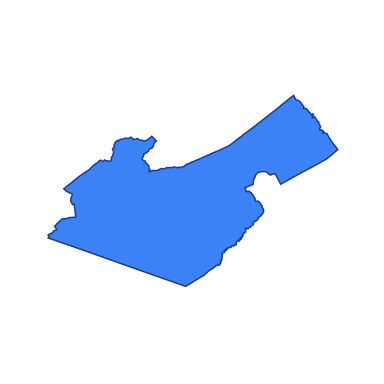 Bang Khun Thian, Bangkok Metropolis, Thailand (Albers equal-area conic projection), rotated 242°
{"feature_id": "78962969B82551730136395", "entity_name": "Bang Khun Thian", "entity_type": "district", "adm_level": 2, "iso_a3": "THA", "parent_name": "Thailand", "parent_adm1": "Bangkok Metropolis", "projection": "albers", "projection_center": [100.427, 13.588], "detail": "fine", "context": "isolated", "style": "filled", "palette": "blue", "viewbox_px": 384, "rotation_deg": 242, "n_neighbors": 0, "source": "geoboundaries", "source_scale": "gbopen_adm2", "svg_char_len": 6114}
<svg xmlns="http://www.w3.org/2000/svg" viewBox="0 0 384 384"><g transform="rotate(242 192 192)"><path d="M111.6,142.1L112.7,158.5L112.8,162.7L112.7,163.0L114.6,170.0L114.4,170.8L114.7,171.3L114.7,175.0L115.0,175.4L115.0,176.2L115.4,177.1L115.3,177.4L115.5,177.8L115.4,178.2L115.5,178.6L115.4,179.0L115.6,179.3L115.4,180.4L115.0,180.8L115.3,181.2L115.0,181.5L115.2,181.8L114.8,181.9L114.7,182.1L114.9,182.3L115.2,183.1L115.4,183.6L115.9,183.5L116.4,184.1L116.5,184.5L117.0,184.6L117.0,185.1L117.9,185.8L118.0,186.0L118.5,186.1L118.5,186.7L118.9,186.7L119.4,186.9L119.6,187.3L120.2,187.5L120.3,187.9L120.8,188.4L121.3,188.4L121.6,188.6L121.9,189.1L122.6,189.6L123.0,189.5L123.7,189.6L123.6,190.8L123.8,191.5L123.4,192.0L123.4,192.5L123.9,192.9L124.5,192.7L124.8,192.7L124.8,193.0L124.4,193.2L124.3,193.4L124.6,193.9L125.1,194.2L125.2,194.4L125.0,194.5L124.5,194.6L124.5,194.9L124.6,195.0L125.4,195.1L125.7,195.2L125.7,195.4L124.9,195.7L124.9,196.0L125.2,196.2L125.6,195.9L125.9,195.9L125.9,196.0L125.6,196.4L126.1,196.6L125.1,198.7L125.3,199.8L124.9,200.4L125.5,200.7L125.6,201.2L125.5,201.6L125.7,202.1L125.4,202.3L125.1,202.9L124.8,203.1L124.9,204.0L125.4,204.2L125.4,204.4L125.0,205.0L124.6,205.9L125.0,206.5L125.6,207.0L126.0,207.1L126.4,207.4L126.9,207.5L127.1,207.8L127.3,208.9L127.6,209.8L126.6,210.3L126.4,210.6L126.8,211.4L127.5,211.5L127.8,211.7L127.8,211.9L127.2,212.6L127.2,212.9L127.6,213.7L128.1,213.5L129.2,213.5L129.2,213.8L128.5,214.4L128.5,214.8L129.2,216.4L130.6,216.2L130.6,217.6L131.5,218.5L131.5,218.9L131.2,219.5L131.5,220.6L132.0,221.0L132.9,221.1L133.3,221.9L134.4,221.9L134.5,222.0L134.6,222.8L134.5,223.3L134.3,223.5L133.4,223.8L133.2,224.1L133.8,226.0L133.5,227.3L133.6,227.5L134.1,227.8L134.2,228.6L134.4,229.3L134.3,230.8L134.5,231.0L135.7,231.1L136.1,232.2L137.0,233.6L137.0,234.0L136.2,234.4L136.2,234.7L136.8,236.7L137.3,237.9L138.5,238.7L138.4,240.6L138.7,242.2L139.6,242.9L139.4,243.8L140.1,244.4L140.3,244.8L140.6,245.7L141.2,246.2L142.4,246.3L143.0,246.9L143.7,247.0L144.8,246.9L145.7,246.6L145.9,246.7L146.2,247.2L146.4,247.4L147.1,247.3L147.9,246.9L149.1,247.2L149.6,247.1L150.2,246.7L151.3,246.8L152.7,246.1L153.6,245.0L153.9,244.1L154.2,243.7L155.3,243.8L155.8,244.4L157.5,244.7L158.1,244.6L158.8,244.2L160.6,244.6L162.3,243.8L163.7,243.8L164.8,243.0L165.7,243.1L166.3,242.1L166.2,241.4L166.2,241.0L166.7,240.3L167.4,240.5L168.2,239.9L168.5,239.9L169.1,240.8L169.5,240.9L170.8,240.5L170.9,241.7L170.6,242.7L170.6,244.6L170.3,246.3L170.2,247.7L169.9,248.9L169.9,249.4L170.3,249.8L172.7,251.1L175.0,253.6L175.5,254.5L177.1,256.3L178.2,259.2L178.1,260.5L177.6,261.6L177.3,262.9L175.5,266.5L174.7,267.2L171.8,268.1L170.2,269.2L170.0,269.6L169.9,269.9L170.3,270.6L170.3,270.9L169.0,273.9L168.5,274.0L157.2,274.0L157.5,283.8L157.7,305.1L157.6,309.0L158.0,326.8L161.0,340.6L164.3,340.2L169.6,339.2L174.1,338.7L180.6,338.5L180.9,337.7L182.2,336.3L182.8,335.2L183.2,335.2L183.5,335.3L183.5,336.7L183.7,336.8L186.2,335.3L186.2,334.8L186.3,334.5L186.6,334.2L187.0,334.1L188.0,334.3L189.1,336.2L193.2,336.1L193.8,336.4L194.2,336.8L194.5,336.8L194.7,336.7L194.8,336.1L200.9,335.6L201.0,335.5L200.7,333.3L200.9,333.2L201.6,333.2L201.7,334.1L202.8,334.0L203.0,335.4L204.2,335.3L204.3,335.3L204.2,334.2L204.6,333.7L205.1,333.6L206.8,333.5L207.5,332.9L207.7,332.5L208.1,332.2L208.5,332.3L208.9,332.7L209.4,332.8L211.2,332.4L212.6,331.3L212.8,330.9L212.9,330.0L213.3,329.7L213.6,329.7L214.5,330.6L214.9,330.8L218.2,330.3L220.9,329.8L222.8,328.9L223.7,328.3L224.0,327.6L224.3,327.2L226.9,326.8L227.2,327.1L229.6,327.1L226.7,311.0L226.2,309.5L220.3,276.0L218.4,263.7L217.9,261.1L217.2,256.2L216.6,253.5L215.5,246.7L215.7,241.0L216.2,233.4L216.8,228.1L216.8,226.0L217.8,213.0L219.0,200.0L218.9,199.3L218.5,198.1L218.2,196.7L218.9,194.8L218.7,193.7L218.8,193.3L220.1,192.2L220.2,191.7L220.2,190.6L220.4,190.1L221.2,189.6L221.7,188.7L222.2,188.3L222.6,187.7L222.9,186.9L222.7,185.9L222.7,185.6L223.0,185.2L223.7,184.8L224.2,183.3L225.2,181.7L225.3,180.6L225.5,179.7L225.4,178.4L226.1,177.2L227.2,175.8L227.2,175.2L227.3,174.3L227.2,172.5L227.6,170.6L228.0,169.5L229.0,168.4L229.6,166.8L229.7,166.0L229.5,164.7L230.0,163.7L230.2,163.8L230.2,164.2L230.6,164.2L230.7,164.3L230.9,164.7L230.9,165.1L231.0,165.2L231.6,165.2L232.6,164.8L232.8,165.0L232.9,165.3L233.4,165.3L234.8,165.8L235.5,166.2L236.2,166.1L236.7,165.5L237.0,165.4L238.3,165.5L239.4,164.7L240.7,165.2L241.4,165.2L242.5,164.1L243.8,163.5L244.6,163.6L245.2,163.9L245.5,164.2L245.7,165.0L246.6,165.9L247.2,167.0L247.5,167.1L248.1,166.9L248.2,167.0L248.3,167.6L248.0,168.5L248.0,170.5L248.4,171.5L248.5,172.6L249.7,174.4L250.1,175.4L250.0,175.9L249.5,176.5L249.7,177.9L250.9,179.6L251.8,180.4L252.7,181.5L253.4,183.0L253.8,184.5L254.0,184.6L254.6,184.3L260.1,182.7L259.0,177.7L259.1,175.3L259.3,174.5L260.7,172.5L261.8,171.3L262.7,169.9L264.3,169.4L265.1,168.5L264.9,167.6L265.0,166.8L267.0,164.1L268.1,164.4L268.9,163.9L269.2,163.3L269.0,161.5L269.8,160.0L270.5,159.1L270.9,158.3L271.1,156.3L271.6,154.6L272.1,153.7L272.2,153.1L272.0,151.1L272.1,150.6L272.1,150.4L272.3,150.4L272.3,150.1L272.4,149.0L271.7,147.4L270.2,145.5L269.6,144.8L267.7,144.6L267.6,142.5L267.3,142.0L266.4,141.8L264.6,141.8L263.9,141.5L262.8,140.3L261.0,138.9L260.8,138.0L260.4,137.2L259.8,136.7L257.9,135.6L257.7,135.3L257.6,134.4L257.7,133.9L259.1,132.2L259.8,131.0L261.2,130.1L261.3,129.8L261.2,129.3L260.7,128.4L260.6,128.0L260.8,127.6L261.6,127.0L262.7,126.6L263.0,126.2L263.1,125.1L263.0,124.2L262.2,122.4L262.2,120.3L261.8,117.7L260.4,113.0L259.8,110.8L259.6,107.4L258.8,100.6L258.0,95.9L257.3,92.3L256.9,90.8L255.8,84.0L255.3,82.0L255.1,81.3L255.0,80.3L252.0,81.3L248.9,83.3L246.2,85.6L244.1,83.0L242.9,81.8L240.9,80.6L239.1,80.5L238.9,80.6L237.1,80.7L236.8,80.9L236.6,82.2L231.1,80.2L224.5,77.6L225.1,75.9L226.0,74.0L227.2,71.1L227.3,70.5L227.2,69.9L227.8,67.3L228.1,67.5L229.2,64.8L227.5,58.3L226.7,56.4L226.3,54.6L224.2,54.9L222.2,54.7L222.2,53.4L222.5,51.6L222.3,51.0L222.1,50.8L221.5,48.5L221.8,45.0L221.6,44.7L220.1,45.1L219.8,45.0L219.6,44.7L219.0,43.4L193.7,66.8L147.9,108.7L111.6,142.1Z" fill="#3b82f6" stroke="#1e3a8a" stroke-width="1.5"/></g></svg>